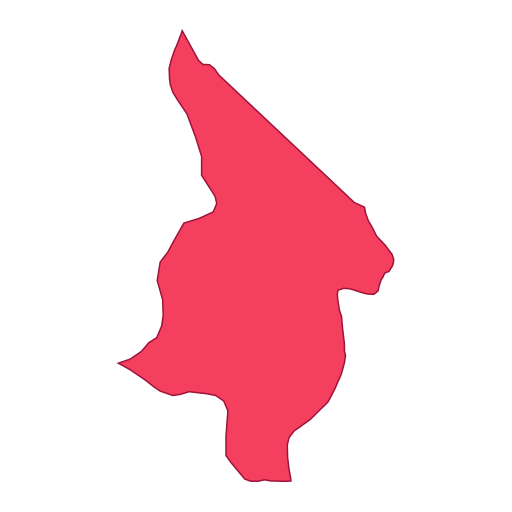 Millet, Anse-la-Raye, Saint Lucia (Natural Earth projection)
{"feature_id": "8701671B66361265375763", "entity_name": "Millet", "entity_type": "district", "adm_level": 2, "iso_a3": "LCA", "parent_name": "Saint Lucia", "parent_adm1": "Anse-la-Raye", "projection": "natural_earth1", "projection_center": [-60.988, 13.911], "detail": "fine", "context": "isolated", "style": "filled", "palette": "rose", "viewbox_px": 512, "rotation_deg": 0, "n_neighbors": 0, "source": "geoboundaries", "source_scale": "gbopen_adm2", "svg_char_len": 2030}
<svg xmlns="http://www.w3.org/2000/svg" viewBox="0 0 512 512"><path d="M118.3,363.2L129.4,369.3L144.8,379.7L153.7,386.7L160.2,391.1L172.8,395.5L180.3,394.4L189.1,391.7L207.3,393.8L215.7,395.5L223.7,400.9L227.9,410.8L226.0,435.9L226.0,455.6L231.1,462.7L244.7,479.0L250.7,481.2L258.2,481.2L264.5,479.8L271.3,481.0L275.3,481.0L277.0,481.1L287.1,481.3L287.6,481.2L290.9,481.0L290.7,478.3L290.6,477.8L289.0,469.0L288.3,463.2L288.0,460.8L287.6,457.3L287.3,444.9L289.0,437.8L291.2,434.7L294.2,430.9L298.6,427.8L299.1,427.5L299.8,427.0L302.9,424.6L304.7,423.5L310.4,419.3L313.3,416.5L318.7,411.1L320.5,409.3L327.5,402.5L329.4,399.5L335.2,388.1L338.4,380.7L340.0,377.2L341.5,373.4L342.8,368.9L344.6,361.8L345.5,355.5L344.6,351.9L344.5,351.0L344.4,345.0L344.3,342.9L342.4,326.9L342.3,325.5L342.3,325.1L342.2,324.0L341.5,316.4L339.3,309.7L337.7,299.3L337.3,294.4L337.7,291.9L338.2,290.2L343.7,288.3L349.5,288.8L351.7,289.3L361.2,292.4L362.2,292.7L366.8,293.9L372.0,294.3L373.8,294.3L374.5,293.8L377.9,291.1L378.2,290.2L379.1,286.0L380.7,281.2L381.1,280.0L381.3,279.5L383.1,276.9L383.6,275.5L385.0,272.9L385.9,272.5L388.9,271.5L390.4,269.1L391.4,267.6L392.3,266.1L393.2,263.9L393.7,259.7L393.5,258.6L393.3,258.1L392.5,255.8L392.2,254.6L391.7,254.1L391.6,253.7L390.4,252.2L385.3,245.4L384.7,244.6L384.0,244.0L380.4,240.2L376.6,236.1L372.4,227.7L370.5,224.4L368.6,221.3L368.0,219.8L365.6,213.3L364.7,208.1L364.5,207.2L354.1,202.4L353.0,201.3L351.6,199.9L350.0,198.5L343.8,192.6L218.6,74.8L214.4,68.6L209.4,64.7L202.8,64.4L198.6,60.5L182.2,30.7L180.7,35.3L180.1,36.4L178.2,41.6L176.7,45.5L174.6,50.0L172.7,55.6L171.2,60.0L170.2,64.3L169.1,68.5L169.4,74.3L169.5,78.4L170.3,84.7L171.7,88.8L173.2,93.0L174.4,94.8L177.0,99.1L179.0,102.1L186.9,113.8L195.5,136.9L201.6,156.4L201.6,175.3L215.2,196.5L216.7,203.6L213.2,211.9L199.1,218.4L183.9,223.1L174.8,239.1L167.8,252.1L160.2,262.1L157.2,280.4L162.7,299.9L163.2,315.2L161.7,325.9L156.7,337.7L149.1,342.4L141.5,351.3L130.4,359.0L118.3,363.2Z" fill="#f43f5e" stroke="#9f1239" stroke-width="1.5"/></svg>